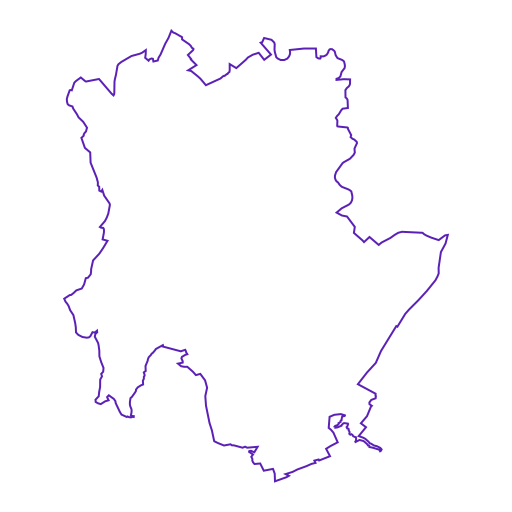 the district of Sieu-Odorhei, Bistrita-Nasaud, Romania
{"feature_id": "2599482B30244428073322", "entity_name": "Sieu-Odorhei", "entity_type": "district", "adm_level": 2, "iso_a3": "ROU", "parent_name": "Romania", "parent_adm1": "Bistrita-Nasaud", "projection": "albers", "projection_center": [24.269, 47.13], "detail": "fine", "context": "isolated", "style": "outline", "palette": "violet", "viewbox_px": 512, "rotation_deg": 0, "n_neighbors": 0, "source": "geoboundaries", "source_scale": "gbopen_adm2", "svg_char_len": 5919}
<svg xmlns="http://www.w3.org/2000/svg" viewBox="0 0 512 512"><path d="M371.8,405.8L369.5,404.2L369.4,402.4L371.3,399.9L375.6,398.3L375.9,396.1L375.5,395.7L375.6,393.7L357.9,384.2L367.0,372.5L375.8,362.9L381.0,351.0L396.3,326.1L397.4,326.7L405.3,313.8L409.1,309.5L418.4,300.2L426.9,290.9L435.5,280.2L437.5,276.4L438.7,273.4L438.6,267.8L440.9,252.1L445.5,243.6L447.8,234.9L445.0,235.4L438.7,240.1L431.2,237.6L426.3,235.5L424.1,234.2L422.5,232.8L402.0,231.8L398.2,232.8L394.8,234.8L390.3,238.0L381.8,242.4L378.7,244.9L369.5,237.0L364.0,242.1L362.5,240.4L353.9,232.9L354.8,226.9L347.0,216.5L341.9,215.5L336.6,212.6L341.7,208.3L349.0,204.5L350.7,202.9L351.9,200.6L352.4,198.2L352.3,195.8L351.3,191.4L349.8,190.2L348.4,189.4L341.8,186.8L339.7,184.9L338.0,182.4L337.2,181.9L335.8,180.4L334.9,177.8L335.0,175.5L336.1,172.1L342.6,163.1L343.8,162.2L350.0,158.7L353.6,154.9L354.8,152.6L354.5,148.8L354.7,148.1L357.0,143.1L356.7,141.8L354.2,139.5L352.5,138.8L350.6,137.1L351.2,135.1L348.0,129.0L347.9,127.9L347.5,127.5L338.1,126.5L337.4,126.3L337.2,125.6L337.4,120.8L337.0,119.7L335.8,117.9L336.9,116.2L338.9,114.1L341.1,110.4L342.6,108.7L347.9,108.0L347.6,100.6L347.4,99.5L346.7,98.4L345.5,97.4L345.4,90.1L346.9,88.0L348.8,86.4L349.7,84.9L350.0,83.8L350.1,79.4L343.8,79.2L336.5,79.9L336.5,78.8L338.6,78.1L340.4,76.4L341.6,72.0L344.6,68.1L344.9,66.4L344.8,64.7L344.1,61.7L343.5,60.9L342.0,59.9L337.5,58.1L335.7,55.3L334.8,51.7L334.2,50.8L332.1,49.2L330.4,49.1L329.6,49.4L328.5,51.0L328.1,52.5L326.9,54.5L325.4,55.6L323.4,56.4L320.7,56.3L320.7,57.8L320.1,58.6L318.3,58.4L316.4,57.1L315.9,48.5L304.2,48.5L289.8,50.0L290.1,52.4L289.9,54.4L289.0,56.5L287.3,58.6L284.3,60.0L280.7,60.0L278.0,58.7L276.3,57.3L274.8,51.9L274.5,49.7L274.7,44.1L274.2,42.5L271.5,39.8L264.1,38.0L262.2,42.2L260.7,42.7L271.0,54.6L264.2,59.8L258.7,52.8L252.8,54.7L247.9,57.5L245.8,59.8L236.3,68.1L229.7,64.1L229.7,70.4L229.4,72.0L228.2,72.9L227.5,74.0L226.8,74.1L224.6,75.9L224.0,75.8L223.0,76.3L220.5,78.5L205.9,85.2L200.5,78.8L198.0,76.5L191.2,71.0L188.2,70.3L196.5,65.1L190.9,59.5L191.2,59.1L187.9,55.0L192.9,50.3L193.4,49.5L193.4,48.7L191.9,47.8L190.8,45.9L189.1,44.2L182.1,39.4L182.1,37.2L175.3,33.3L173.2,32.5L171.4,30.7L168.5,37.9L165.2,43.8L160.5,54.6L158.6,57.6L157.8,60.5L153.4,61.5L152.9,58.8L151.5,58.5L149.4,59.4L148.6,60.7L145.2,57.8L145.7,54.1L145.8,50.1L142.0,52.8L139.6,53.8L131.5,56.0L121.4,61.9L118.5,64.2L117.5,65.8L116.0,74.6L114.9,79.2L114.5,81.5L114.3,92.9L114.2,94.1L113.5,95.4L111.5,93.6L99.0,79.0L86.2,81.5L85.5,81.4L80.8,77.5L76.0,81.0L74.3,82.7L71.8,90.3L70.6,90.0L69.7,90.3L67.5,96.4L66.8,99.1L67.0,101.7L67.7,104.2L69.0,105.3L72.5,106.5L73.2,108.6L76.9,114.2L78.6,117.4L83.2,121.8L87.0,127.7L86.0,131.4L84.2,133.5L83.7,134.8L83.7,135.7L81.4,137.9L84.9,147.9L90.2,152.4L90.6,162.7L96.6,177.6L97.9,182.4L97.8,185.5L99.2,186.7L99.3,190.6L101.3,191.6L102.3,189.9L104.2,195.7L109.6,203.5L109.9,204.9L108.3,213.5L106.8,217.5L105.0,221.0L99.9,227.0L101.1,227.7L103.2,227.9L103.7,228.6L104.0,230.1L103.9,232.7L102.6,239.4L107.5,240.8L103.1,248.1L99.3,253.7L93.1,260.4L91.1,269.3L91.1,271.4L90.7,274.3L88.0,277.7L85.8,278.2L84.1,284.4L81.8,288.5L76.3,290.4L73.5,293.1L71.2,294.9L69.7,295.1L64.2,298.7L65.6,301.8L67.2,303.7L68.7,306.2L70.1,310.1L73.4,315.1L75.2,323.1L75.8,327.4L76.0,332.4L78.2,334.8L82.4,337.0L86.8,337.7L88.9,337.4L90.3,336.3L92.5,332.2L94.5,332.5L95.8,331.8L97.0,330.7L97.2,332.3L95.4,333.9L94.8,336.7L98.1,343.0L98.6,345.3L99.3,350.6L99.4,356.4L101.2,362.1L103.5,367.9L103.2,371.7L101.2,373.9L102.0,376.3L100.2,379.6L100.1,387.1L99.2,391.8L98.7,396.3L95.5,399.7L95.7,402.0L98.0,403.3L100.8,404.1L105.2,401.3L108.6,400.3L107.1,397.1L108.8,395.3L113.8,398.9L115.4,401.2L115.7,403.1L119.8,411.8L121.5,414.6L126.8,417.0L127.5,416.5L129.2,417.2L131.0,417.4L132.7,416.8L133.7,417.0L133.8,416.2L131.7,415.9L130.9,415.4L131.5,412.4L131.6,410.3L131.4,409.0L130.3,406.4L129.9,404.6L129.9,402.0L130.5,398.1L131.9,396.9L135.3,392.1L135.9,391.0L136.0,389.6L137.7,387.4L141.0,385.3L143.1,384.5L142.9,380.7L143.8,378.9L143.9,376.6L144.6,375.7L144.6,374.8L143.8,372.4L145.7,371.0L145.5,366.0L147.7,360.7L147.9,359.3L148.7,357.3L149.3,356.6L150.8,355.1L151.7,353.6L152.6,353.1L155.2,350.1L155.7,349.1L162.9,345.1L163.0,345.4L162.7,346.5L180.8,351.3L185.2,349.8L185.8,351.0L186.2,352.4L187.3,354.2L185.2,354.9L181.9,356.9L181.4,358.4L182.7,361.2L182.7,362.6L178.0,363.6L181.1,366.2L184.1,366.8L187.3,366.8L193.0,371.8L195.9,375.1L200.3,373.9L205.1,380.4L207.1,387.7L205.3,396.1L206.0,405.7L209.5,422.9L211.9,430.4L214.2,441.2L217.8,443.0L224.0,445.5L230.5,444.3L231.9,445.3L233.7,445.3L242.6,447.7L245.1,446.7L247.1,447.7L257.6,446.8L254.3,452.3L251.0,450.8L249.3,451.1L249.1,451.9L253.0,454.5L251.3,456.8L252.4,459.0L252.3,460.6L253.1,462.4L254.5,464.0L260.2,463.5L263.8,470.7L273.0,468.9L274.7,473.6L275.0,481.3L286.5,477.2L288.9,475.8L285.6,474.1L292.6,471.9L297.3,469.5L306.3,466.2L311.5,463.9L315.5,462.9L314.4,460.6L318.6,459.5L319.1,460.5L330.0,456.2L326.1,448.8L330.6,446.0L337.7,442.3L333.4,432.6L331.0,429.8L328.7,427.9L329.6,416.8L334.3,414.8L340.8,414.1L344.9,415.3L344.9,415.6L344.6,416.0L342.2,416.5L341.7,418.6L341.6,420.1L340.7,420.6L340.6,421.9L338.6,423.1L338.8,423.7L337.5,425.1L335.2,425.9L334.8,426.4L335.5,426.5L335.4,427.7L337.4,427.4L341.5,425.7L341.6,425.1L343.4,423.3L344.2,423.1L347.9,423.6L348.1,424.0L347.4,426.2L346.6,427.1L347.2,428.4L348.5,428.7L348.7,429.3L348.6,430.2L349.5,431.7L349.6,432.4L349.3,433.8L350.3,434.7L351.4,434.2L352.5,434.9L353.1,436.1L354.6,436.9L355.9,437.2L356.1,438.2L356.0,440.7L355.3,441.6L355.5,442.0L359.5,440.0L363.1,440.9L364.2,441.5L367.4,444.4L367.9,445.4L368.8,445.4L369.4,446.2L369.4,447.0L372.8,447.7L379.3,449.7L380.1,451.3L380.8,450.9L381.6,449.4L380.3,447.9L376.9,446.2L374.0,445.5L371.1,443.7L369.7,443.2L368.3,441.5L365.1,438.7L363.0,437.6L358.7,436.1L366.0,427.2L360.9,423.3L367.0,416.2L371.0,406.5L371.8,405.8Z" fill="none" stroke="#5b21b6" stroke-width="2"/></svg>